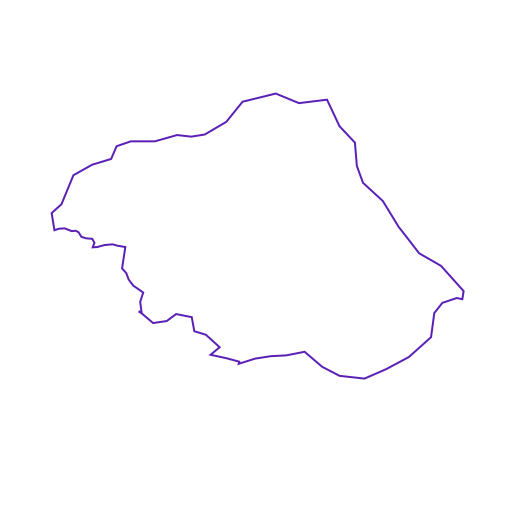 Gerovasa, Limassol, Cyprus (Equal Earth projection), rotated 237°
{"feature_id": "46923920B72071673146267", "entity_name": "Gerovasa", "entity_type": "district", "adm_level": 2, "iso_a3": "CYP", "parent_name": "Cyprus", "parent_adm1": "Limassol", "projection": "equal_earth", "projection_center": [32.737, 34.814], "detail": "fine", "context": "isolated", "style": "outline", "palette": "violet", "viewbox_px": 512, "rotation_deg": 237, "n_neighbors": 0, "source": "geoboundaries", "source_scale": "gbopen_adm2", "svg_char_len": 1122}
<svg xmlns="http://www.w3.org/2000/svg" viewBox="0 0 512 512"><g transform="rotate(237 256 256)"><path d="M273.4,127.4L270.1,128.9L255.8,133.2L250.1,145.7L250.8,157.4L239.7,168.8L226.5,163.3L217.2,171.1L199.3,175.8L197.9,164.1L186.5,175.4L176.5,184.4L175.0,182.8L170.4,199.4L164.0,213.7L156.2,227.2L149.2,244.6L126.9,251.2L110.0,260.8L94.1,280.2L90.2,303.7L88.0,329.2L92.6,358.6L102.6,367.2L111.0,374.4L115.2,386.8L111.4,401.5L107.4,405.5L113.5,411.0L146.9,405.8L169.4,394.3L192.8,392.4L202.8,391.5L231.8,392.3L233.0,392.3L259.1,385.6L276.5,389.6L297.2,400.7L319.4,396.7L348.4,400.7L360.8,375.3L381.5,361.0L392.7,328.8L384.7,304.2L385.8,279.2L391.3,266.8L400.4,255.7L407.3,233.5L420.3,213.6L424.0,198.9L416.3,187.4L421.8,168.4L423.2,146.9L423.0,146.6L405.4,121.1L403.3,108.0L387.4,101.0L386.2,105.6L383.3,110.7L377.3,114.9L375.4,118.5L372.7,120.1L367.2,120.0L363.5,123.0L359.6,128.0L355.1,127.7L352.2,123.8L350.0,127.7L347.7,134.9L343.9,142.1L340.1,145.4L334.7,151.3L318.5,136.9L312.3,137.9L305.7,136.4L298.1,136.9L286.8,141.5L280.6,133.9L271.6,129.6L273.4,127.4Z" fill="none" stroke="#5b21b6" stroke-width="2"/></g></svg>